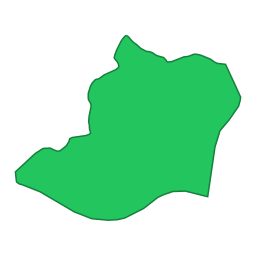 the border of Distrito Capital
{"feature_id": "VEN-43", "entity_name": "Distrito Capital", "entity_type": "Capital District", "adm_level": 1, "iso_a3": "VEN", "parent_name": "Venezuela", "parent_adm1": "", "projection": "equal_earth", "projection_center": [-67.01, 10.484], "detail": "fine", "context": "isolated", "style": "filled", "palette": "green", "viewbox_px": 256, "rotation_deg": 0, "n_neighbors": 0, "source": "natural_earth", "source_scale": "10m", "svg_char_len": 1412}
<svg xmlns="http://www.w3.org/2000/svg" viewBox="0 0 256 256"><path d="M126.5,35.8L127.4,36.0L128.1,36.5L128.9,37.3L131.4,40.3L133.4,42.3L136.7,44.7L140.9,48.5L145.9,51.1L146.9,51.4L149.0,51.6L151.1,52.2L152.2,52.6L156.2,55.3L157.4,55.8L163.2,57.4L164.1,58.0L165.7,59.7L166.4,60.7L167.1,61.8L168.9,62.0L171.8,61.6L183.8,56.9L187.4,56.5L189.4,56.0L193.2,54.5L194.0,54.2L194.8,54.2L196.4,54.2L201.1,55.3L210.2,59.0L213.1,61.0L214.1,61.9L217.4,63.4L225.5,64.3L234.8,84.3L240.6,97.1L240.2,100.3L238.6,106.2L229.1,119.9L220.0,130.7L215.0,146.9L207.7,196.7L185.3,191.1L172.9,191.5L163.5,194.7L157.8,197.4L143.7,208.4L124.8,218.0L117.4,219.7L108.2,220.2L91.8,218.7L74.5,212.0L40.1,191.8L21.9,184.6L19.6,184.1L16.9,182.3L16.4,181.3L15.4,171.9L35.1,153.6L42.8,148.6L44.3,148.3L47.4,148.3L49.6,148.0L51.6,148.7L53.8,149.9L57.4,151.2L59.5,151.0L61.4,149.8L66.6,145.5L67.6,143.6L68.9,141.8L69.6,138.8L72.3,137.5L86.2,135.5L89.0,134.4L90.5,133.4L90.4,132.5L90.2,131.3L89.6,129.2L89.4,128.1L89.4,125.6L89.2,124.5L88.7,122.0L88.7,120.9L89.1,116.2L91.0,106.9L91.1,105.8L91.0,104.6L90.5,103.2L88.4,99.5L88.2,96.9L88.3,93.2L90.5,86.1L92.6,82.5L95.2,79.8L96.4,79.3L97.4,79.1L98.1,79.0L99.0,78.7L104.3,74.8L115.3,69.9L117.5,68.4L118.7,67.0L118.7,66.1L118.6,64.8L118.2,63.6L117.7,62.5L114.6,58.6L114.2,57.6L115.0,54.5L116.6,50.2L121.0,41.3L123.5,37.8L125.4,35.9L126.5,35.8Z" fill="#22c55e" stroke="#15803d" stroke-width="1.5"/></svg>